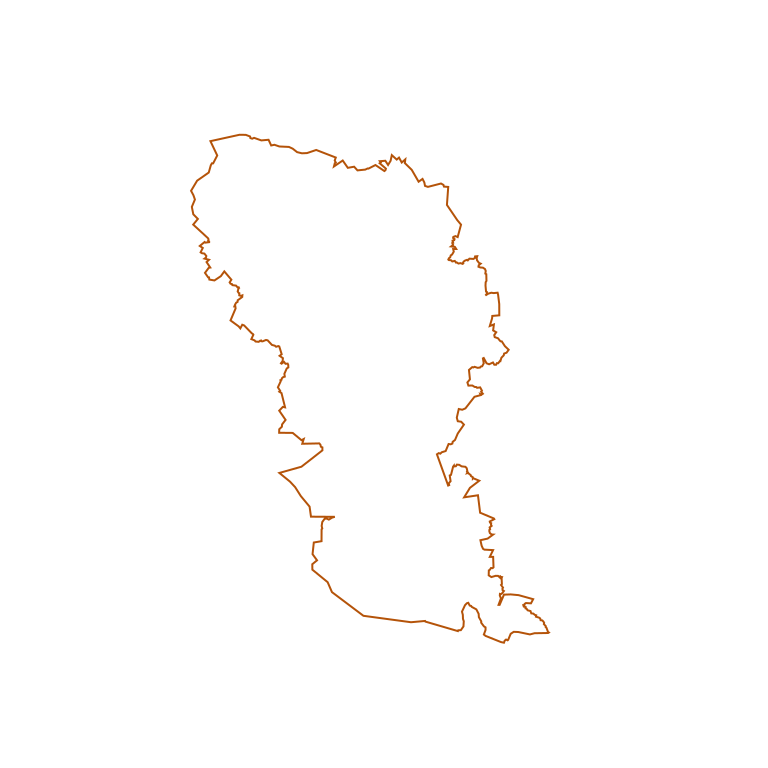 outline of Victoria, Guanajuato, Mexico, rotated 147°
{"feature_id": "50627088B96673154925588", "entity_name": "Victoria", "entity_type": "district", "adm_level": 2, "iso_a3": "MEX", "parent_name": "Mexico", "parent_adm1": "Guanajuato", "projection": "orthographic", "projection_center": [-100.227, 21.387], "detail": "fine", "context": "isolated", "style": "outline", "palette": "amber", "viewbox_px": 768, "rotation_deg": 147, "n_neighbors": 0, "source": "geoboundaries", "source_scale": "gbopen_adm2", "svg_char_len": 6154}
<svg xmlns="http://www.w3.org/2000/svg" viewBox="0 0 768 768"><g transform="rotate(147 384 384)"><path d="M541.0,237.8L527.5,200.8L491.1,169.5L478.6,162.9L478.7,162.2L456.6,136.5L455.9,137.0L453.6,135.7L449.4,137.4L446.3,141.6L445.7,144.0L443.6,147.5L442.6,150.6L436.5,154.4L433.9,155.0L432.5,154.6L432.8,151.5L431.8,150.4L431.8,149.3L429.3,144.7L429.8,139.7L431.4,136.8L431.7,132.0L432.5,130.9L432.2,126.3L431.4,124.6L432.8,122.4L436.7,119.5L436.0,117.4L426.4,103.8L424.3,101.7L422.6,103.0L420.8,103.2L419.9,101.7L419.2,101.8L413.8,105.5L410.2,105.5L406.5,102.9L398.0,94.5L393.5,93.0L382.0,85.8L381.1,85.8L381.5,86.7L380.5,91.1L380.8,92.1L380.2,92.8L380.7,95.6L379.8,96.4L379.7,97.8L380.0,99.5L381.3,100.6L380.7,102.3L381.2,103.6L383.3,106.1L382.3,107.1L383.3,108.3L383.8,110.1L385.4,111.4L384.8,113.8L386.8,116.0L386.8,117.8L387.5,118.7L386.7,119.7L388.0,121.2L387.6,122.7L386.5,122.2L385.8,123.0L384.3,123.0L380.2,120.0L376.1,122.3L386.1,133.6L392.3,138.5L398.1,142.0L407.3,135.8L408.2,136.4L402.7,140.5L402.1,143.5L401.1,144.8L400.5,144.1L399.1,144.1L396.2,145.1L396.8,146.6L396.1,147.9L395.1,148.4L395.3,151.7L394.1,152.0L391.0,157.3L390.2,157.8L391.3,158.9L391.3,159.5L391.9,159.6L392.3,158.9L392.8,160.9L394.8,162.3L399.1,163.6L400.4,166.5L397.6,170.6L396.6,170.5L394.5,171.4L393.2,170.4L392.0,170.6L386.6,179.6L389.4,181.4L383.0,185.3L390.0,190.4L390.7,191.8L390.2,195.2L388.2,200.5L381.3,197.9L374.5,198.3L375.7,199.2L376.4,201.3L375.8,203.3L375.0,204.3L374.1,204.4L373.5,206.2L371.0,206.4L371.0,207.6L369.9,208.9L370.6,210.1L370.2,211.1L365.1,210.6L365.1,211.4L373.5,223.7L365.8,239.5L378.5,245.3L368.5,250.1L356.8,251.0L360.5,256.4L361.0,256.3L360.3,257.4L361.2,259.4L360.9,260.3L362.0,263.6L362.8,263.9L361.8,264.3L362.2,265.3L361.4,265.9L360.5,268.3L360.8,270.2L363.8,272.7L364.9,275.2L366.8,276.7L368.5,275.9L370.2,276.7L369.8,277.5L371.0,277.1L377.3,271.3L378.7,271.5L381.1,266.2L383.9,265.4L384.4,263.7L385.5,263.9L377.9,296.2L375.7,296.2L374.7,294.9L372.8,295.3L368.8,294.2L362.5,298.5L360.9,297.1L359.1,296.8L357.9,298.1L354.9,298.4L349.1,302.3L339.1,306.4L339.8,310.3L342.4,312.6L341.3,316.1L334.9,322.3L332.4,319.8L329.0,319.2L315.1,324.0L308.9,322.0L308.7,323.0L308.1,322.0L306.4,322.0L306.8,324.6L305.5,325.0L305.2,328.8L308.0,330.1L308.2,331.1L309.6,332.2L310.7,334.6L314.1,336.7L313.2,339.9L309.4,341.1L305.1,349.5L300.8,350.1L300.0,349.2L298.7,349.1L296.7,346.6L294.5,345.5L293.4,345.9L292.0,345.4L289.1,347.0L287.1,351.6L286.2,351.5L286.7,345.5L285.1,343.3L280.9,342.7L281.0,340.1L279.5,339.1L278.0,340.0L276.9,339.2L274.0,340.3L273.8,339.9L271.2,342.1L268.0,342.8L266.7,344.1L264.2,343.5L260.8,344.8L262.0,349.9L262.0,355.6L262.9,356.2L263.2,357.2L263.5,360.3L265.6,363.0L264.9,365.0L261.7,366.3L263.3,369.5L259.4,374.1L263.7,375.0L257.6,380.2L256.1,382.1L249.9,378.8L243.8,388.3L239.7,396.7L239.0,398.7L242.5,400.5L244.3,402.1L247.3,403.0L250.7,403.0L248.3,403.8L247.6,405.1L248.1,405.9L245.3,411.2L243.3,414.0L241.9,414.7L238.4,420.4L238.9,421.4L237.1,423.4L236.7,425.4L237.7,427.7L239.8,429.3L240.9,430.9L239.9,432.0L237.4,432.3L238.4,433.8L238.6,437.1L237.7,439.2L236.2,440.4L238.1,441.4L239.3,440.2L240.9,440.2L244.1,442.6L246.4,442.0L246.7,442.9L248.8,443.4L250.5,443.3L251.7,442.7L251.8,442.0L252.6,441.9L254.0,443.7L256.0,444.5L256.8,446.4L257.5,446.6L257.6,448.7L260.0,449.6L260.4,451.3L262.1,452.6L262.3,453.3L261.1,454.1L259.5,454.2L258.0,455.5L256.4,455.5L253.4,457.0L252.5,459.5L249.9,457.9L249.9,460.4L252.8,462.8L250.3,463.0L250.0,465.0L249.6,465.4L249.0,465.0L248.4,466.9L246.8,466.4L245.9,467.1L246.5,468.9L245.7,469.6L243.5,469.1L242.2,467.1L232.6,475.7L233.3,481.4L233.7,499.9L222.8,514.3L226.2,516.9L225.7,518.6L227.0,521.1L239.8,525.4L241.7,527.8L240.4,531.1L240.0,535.0L244.8,534.8L244.1,548.5L246.2,557.9L243.8,560.8L248.5,560.1L248.1,565.7L251.1,565.3L252.8,571.7L256.9,567.6L261.3,565.5L261.3,570.5L266.1,573.1L266.0,571.6L267.4,571.5L265.1,563.6L266.4,562.5L267.7,562.4L271.9,572.3L279.7,573.1L280.4,573.7L282.9,574.0L289.9,577.6L290.7,582.5L296.6,585.0L296.9,593.9L307.5,593.7L305.0,596.0L303.8,596.0L303.6,598.3L301.1,600.2L313.4,617.2L322.8,619.6L327.2,622.2L330.6,625.8L332.4,631.1L334.6,634.6L342.4,640.2L345.6,644.3L348.7,645.5L347.8,651.7L354.2,655.1L358.9,661.2L360.9,661.5L362.1,663.0L361.5,664.5L364.2,668.2L369.4,671.7L397.3,682.2L399.4,666.5L407.1,662.1L408.1,662.8L410.1,661.8L415.8,656.8L430.0,656.3L440.6,651.1L441.0,646.2L442.1,641.7L448.7,637.2L451.5,630.2L450.2,623.8L457.2,621.6L452.2,602.1L452.3,601.0L453.4,600.0L453.0,598.8L453.4,598.2L456.9,599.9L457.1,600.8L463.3,600.1L461.9,596.8L466.1,594.3L465.5,592.9L463.6,591.2L463.3,588.1L464.5,587.0L466.2,586.9L463.1,583.5L466.4,582.9L466.3,576.3L467.7,576.9L473.6,574.7L473.4,569.2L472.7,568.7L473.6,566.7L469.8,563.2L462.1,563.3L456.6,565.4L455.2,554.6L458.1,553.3L458.1,551.7L457.1,550.6L457.3,549.5L454.5,547.1L454.2,544.9L453.2,544.3L453.3,543.5L453.9,543.5L456.3,541.3L456.3,539.4L455.9,538.9L457.1,537.2L455.9,535.8L454.5,535.5L455.5,534.2L461.1,533.9L462.1,532.6L463.7,532.7L465.5,531.8L467.2,530.6L466.4,530.1L467.3,528.2L478.1,520.9L474.5,511.5L474.2,508.9L470.6,510.9L469.4,509.3L467.3,498.6L466.7,497.2L466.7,496.5L470.8,493.9L468.8,491.1L468.6,489.6L466.1,487.6L464.5,487.8L463.4,487.4L463.6,486.7L462.6,485.9L459.0,485.2L457.8,484.0L456.7,477.8L454.7,475.6L454.2,474.0L452.0,473.4L451.4,472.5L453.6,464.7L456.2,464.5L454.7,460.7L456.6,458.4L459.1,457.5L458.8,456.8L455.8,457.0L455.6,454.6L453.7,453.6L453.9,452.2L455.2,450.0L457.1,450.0L462.0,446.8L463.2,444.2L464.9,444.7L466.5,444.4L467.8,443.3L468.8,443.6L469.2,442.5L474.8,439.0L474.8,434.8L476.0,434.6L474.9,432.2L479.7,418.3L481.3,419.9L486.4,418.7L486.1,407.5L491.5,405.6L492.9,403.8L496.5,403.1L498.5,400.2L487.2,392.7L483.8,381.8L481.3,381.6L485.1,378.4L470.6,369.4L470.4,367.6L471.1,365.8L470.2,364.4L471.8,361.9L498.3,359.6L520.2,366.4L516.0,353.3L514.7,345.9L514.8,335.3L513.2,321.7L517.5,312.5L497.6,299.4L500.3,300.2L504.1,300.3L505.4,302.4L507.2,303.3L510.9,301.9L513.6,298.9L514.5,296.4L515.5,296.1L522.0,286.2L529.2,289.3L536.6,280.2L536.2,272.6L542.3,271.9L545.2,267.3L539.2,248.5L541.0,237.8Z" fill="none" stroke="#b45309" stroke-width="2"/></g></svg>